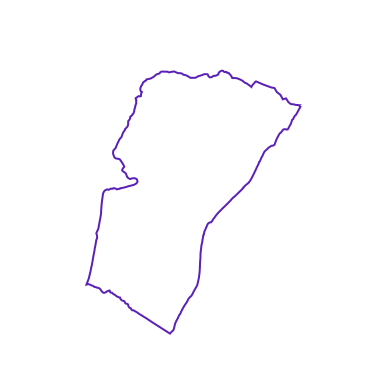 outline of Mukomuko, Bengkulu, Indonesia, rotated 248°
{"feature_id": "22746128B39825953538573", "entity_name": "Mukomuko", "entity_type": "district", "adm_level": 2, "iso_a3": "IDN", "parent_name": "Indonesia", "parent_adm1": "Bengkulu", "projection": "orthographic", "projection_center": [101.454, -2.731], "detail": "fine", "context": "isolated", "style": "outline", "palette": "violet", "viewbox_px": 384, "rotation_deg": 248, "n_neighbors": 0, "source": "geoboundaries", "source_scale": "gbopen_adm2", "svg_char_len": 5952}
<svg xmlns="http://www.w3.org/2000/svg" viewBox="0 0 384 384"><g transform="rotate(248 192 192)"><path d="M312.0,188.0L311.9,187.9L311.8,187.5L310.9,186.8L310.1,185.9L309.3,184.6L307.6,183.0L306.3,182.4L305.1,182.3L304.5,182.2L304.1,182.5L303.7,183.0L303.4,183.0L302.8,182.1L300.7,180.8L300.1,180.6L300.0,180.1L300.9,178.2L300.3,176.1L300.2,175.1L299.7,174.7L297.8,174.8L297.3,174.2L295.1,173.6L294.5,172.8L293.8,172.4L292.6,171.3L291.9,171.1L290.0,169.4L288.4,168.6L286.5,166.8L286.3,165.9L285.7,165.4L284.8,162.8L283.7,162.4L282.7,161.4L281.6,159.4L278.6,158.1L277.5,157.3L276.8,156.6L275.3,153.4L274.9,153.2L274.3,152.6L273.7,151.5L272.6,150.1L271.5,149.0L270.2,148.0L269.1,146.8L268.5,145.3L267.4,143.7L266.5,142.9L264.5,140.6L262.1,138.3L261.5,137.8L260.9,136.5L260.3,135.4L259.6,134.3L258.9,134.0L257.6,133.3L256.2,133.1L254.4,133.0L253.4,133.1L252.1,133.5L251.6,134.1L250.2,136.3L249.5,137.2L249.0,137.4L246.7,137.9L243.6,138.5L241.0,138.7L240.5,138.2L239.9,137.0L239.1,135.9L238.4,135.4L237.6,135.5L236.9,135.8L236.1,136.3L235.2,137.0L234.3,137.5L233.9,137.6L233.5,137.6L232.1,137.6L231.2,137.5L230.1,137.6L228.7,138.2L227.5,139.2L227.1,139.7L227.1,141.1L226.9,142.4L226.6,143.3L225.6,144.8L224.9,145.4L223.8,145.6L222.6,145.5L221.9,145.3L221.3,144.5L220.9,143.8L220.7,143.1L220.4,140.8L220.5,140.1L220.8,137.6L221.0,136.4L221.5,131.1L222.0,128.3L222.3,127.3L222.3,126.6L222.0,126.2L222.4,125.3L222.3,124.6L222.5,124.0L222.7,123.2L223.5,122.8L223.7,122.6L224.1,121.9L224.7,121.3L224.9,121.0L224.9,120.2L224.8,119.9L224.8,119.5L224.9,119.0L225.3,118.4L225.5,118.1L225.5,117.5L225.4,116.8L225.3,116.1L225.2,115.5L225.8,114.9L226.1,114.4L226.3,113.7L226.2,112.8L226.1,112.4L226.0,111.8L225.6,110.9L224.9,110.0L224.5,109.6L223.8,108.9L222.6,108.2L216.9,104.9L215.2,104.0L211.9,102.3L209.2,101.0L206.7,99.9L203.9,98.3L195.0,92.6L193.3,91.6L191.8,90.1L191.1,89.4L190.6,88.8L189.8,88.0L189.2,87.8L188.9,87.7L188.1,87.7L187.7,87.7L186.5,87.4L184.7,86.7L183.6,85.5L182.1,84.5L178.3,82.2L176.1,80.7L173.5,79.2L170.5,77.2L168.1,75.7L161.2,71.4L159.9,70.4L156.8,68.4L155.6,67.6L155.0,67.0L154.0,66.5L152.9,65.6L150.8,64.2L149.3,62.8L148.2,61.8L145.7,59.5L145.5,61.0L145.1,61.9L143.8,63.2L141.4,65.5L140.4,66.1L139.7,67.3L139.1,67.8L138.3,69.1L137.8,69.6L136.6,70.4L135.4,70.8L134.0,71.0L132.6,71.6L131.8,72.1L131.4,72.7L131.3,73.5L131.4,75.0L131.7,75.7L131.7,76.6L131.7,78.4L131.6,78.6L131.3,78.8L130.3,78.6L129.6,78.7L129.1,79.1L128.7,79.8L128.4,80.2L127.7,80.4L127.2,80.7L126.8,80.9L126.1,81.4L125.6,82.0L123.8,82.9L122.6,83.8L121.4,85.2L121.2,85.7L120.9,85.8L120.0,85.6L119.5,85.7L118.0,86.2L117.6,86.6L116.1,88.3L115.7,88.4L113.9,88.5L113.5,88.7L112.9,89.4L112.5,90.1L112.1,90.4L111.6,90.6L110.8,90.4L110.2,90.3L109.5,90.3L109.1,90.4L108.2,90.7L107.8,91.0L107.1,91.7L106.9,91.8L105.7,91.8L105.3,91.9L104.8,92.2L104.5,92.6L104.2,93.5L103.9,93.7L103.5,94.0L100.9,96.0L99.0,97.2L92.3,102.1L86.0,106.4L69.0,118.5L69.8,120.1L70.4,121.7L70.8,122.7L71.4,123.4L72.4,124.3L75.1,126.2L76.3,127.1L78.0,128.8L80.5,131.8L82.1,133.4L82.9,134.4L83.2,135.1L83.5,135.6L84.7,136.7L85.8,137.9L87.5,139.9L89.2,142.1L89.7,142.7L90.4,143.9L90.8,144.3L91.2,145.0L91.9,146.0L94.3,148.8L94.8,149.6L95.2,150.5L96.0,152.6L97.3,154.3L99.7,157.0L101.2,158.9L102.5,160.6L104.0,162.2L106.1,163.7L110.1,166.4L115.0,169.1L118.1,170.6L118.6,170.8L119.0,170.9L119.0,171.0L124.8,173.6L126.1,174.3L127.9,175.2L131.7,176.8L136.8,179.6L138.9,180.7L140.8,182.1L146.9,185.8L148.1,186.7L148.0,186.9L151.0,188.9L151.3,189.4L153.2,191.3L155.9,194.0L156.6,194.9L156.9,195.6L157.1,197.2L157.0,198.0L156.9,198.2L156.8,198.3L157.1,199.1L158.9,201.6L159.7,203.0L160.3,203.9L162.0,206.7L163.2,209.2L165.8,215.3L168.2,221.2L169.6,224.4L170.4,225.8L170.9,226.9L171.4,228.2L172.1,230.4L172.5,231.4L175.1,237.8L176.6,241.2L176.9,241.2L178.5,245.0L178.9,246.7L179.3,247.7L180.2,249.4L181.8,251.6L183.7,253.9L189.7,260.5L190.6,261.3L191.2,262.1L193.7,264.8L194.6,265.3L194.7,265.9L195.5,266.9L198.3,269.7L198.8,270.5L201.9,273.8L202.2,274.3L202.7,275.2L203.0,276.1L203.4,277.1L203.6,277.8L204.4,279.6L205.0,282.5L205.0,283.3L204.8,283.9L204.7,285.0L204.8,286.0L205.0,286.3L207.4,288.4L209.1,290.1L210.0,291.0L212.6,294.1L213.4,295.3L213.7,296.0L213.8,296.7L214.9,298.6L215.3,299.2L215.6,299.8L215.7,300.2L215.6,301.1L215.4,301.8L214.9,302.5L214.7,302.7L214.6,303.2L214.3,303.6L214.2,303.8L214.2,304.1L214.3,304.4L216.5,307.1L217.5,308.2L217.6,308.5L218.6,309.6L219.6,310.4L221.5,312.0L221.8,313.2L222.8,314.3L224.0,315.6L224.4,316.9L225.5,318.5L227.6,321.0L230.4,324.5L231.1,324.2L232.3,323.5L232.8,322.9L232.8,323.0L234.1,320.5L235.3,319.0L236.1,317.2L237.2,316.1L239.4,315.0L243.6,314.2L243.9,310.9L248.9,310.4L252.9,308.1L257.5,307.4L259.2,304.7L264.3,299.0L269.6,293.7L270.5,292.9L270.6,292.7L270.3,291.8L268.4,288.0L267.5,286.6L267.2,286.4L269.1,285.3L271.2,284.0L271.8,283.7L273.7,281.8L275.9,280.7L277.7,279.3L278.8,278.2L279.4,277.5L280.3,276.7L281.0,275.7L281.2,275.2L281.4,274.8L281.8,274.1L281.9,273.7L282.4,272.3L282.6,272.0L283.4,271.9L284.2,272.0L285.7,271.6L288.4,270.7L288.5,270.2L289.2,269.6L289.4,269.2L289.6,269.1L290.1,269.1L290.3,269.0L290.7,268.3L290.8,267.6L291.0,267.1L291.8,266.5L292.5,266.3L292.7,266.1L293.1,265.7L293.3,265.0L293.4,264.7L293.3,263.8L292.8,261.8L291.8,260.8L291.2,260.5L291.1,260.1L291.0,258.7L290.9,258.1L290.9,257.4L291.1,256.8L291.5,256.3L291.5,255.0L291.2,253.6L291.2,253.0L291.3,252.4L291.6,251.5L292.0,251.2L292.3,251.1L293.4,250.6L294.5,250.7L295.3,250.5L295.9,249.4L296.5,248.0L296.7,246.6L296.6,245.3L297.0,241.2L296.6,238.2L297.5,235.6L298.5,233.3L301.7,230.9L303.1,229.4L303.5,228.6L304.2,227.8L305.5,227.1L306.3,226.1L307.1,224.4L307.6,223.4L309.0,222.0L310.3,220.8L310.8,219.5L310.8,218.9L311.2,217.9L311.2,217.0L311.4,215.8L312.0,214.9L312.7,214.4L315.0,209.0L315.0,207.7L314.1,206.2L314.3,202.9L313.3,200.1L313.1,199.1L312.7,196.2L313.4,191.9L312.6,191.1L312.5,189.5L312.1,188.7L312.0,188.0Z" fill="none" stroke="#5b21b6" stroke-width="2"/></g></svg>